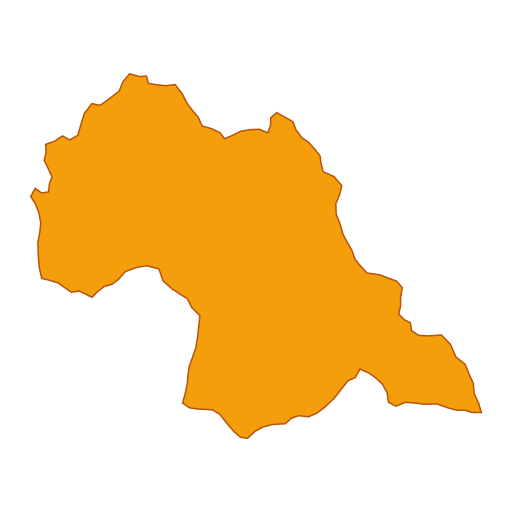 Caetanópolis, Minas Gerais, Brazil (Albers equal-area conic projection)
{"feature_id": "56859067B14008034033738", "entity_name": "Caetanópolis", "entity_type": "district", "adm_level": 2, "iso_a3": "BRA", "parent_name": "Brazil", "parent_adm1": "Minas Gerais", "projection": "albers", "projection_center": [-44.4, -19.341], "detail": "fine", "context": "isolated", "style": "filled", "palette": "amber", "viewbox_px": 512, "rotation_deg": 0, "n_neighbors": 0, "source": "geoboundaries", "source_scale": "gbopen_adm2", "svg_char_len": 2021}
<svg xmlns="http://www.w3.org/2000/svg" viewBox="0 0 512 512"><path d="M481.3,412.5L478.7,403.4L474.2,393.6L473.2,383.2L468.9,373.8L465.2,364.3L455.9,356.9L450.3,344.1L441.3,335.0L428.7,335.9L418.6,335.4L411.5,330.6L410.4,322.8L404.0,319.5L398.7,314.1L400.6,306.1L400.6,297.8L402.2,287.6L396.6,281.1L388.9,278.4L379.8,274.8L367.0,273.0L359.6,264.9L355.1,259.4L352.2,251.1L347.0,241.7L342.9,234.1L340.3,224.7L336.2,214.2L335.8,203.6L339.4,195.4L341.8,185.6L333.9,176.5L323.1,171.7L321.2,164.1L320.1,156.1L314.4,148.7L308.9,142.7L301.7,137.6L295.9,129.6L292.9,121.7L284.3,116.9L276.7,112.6L270.8,117.7L270.5,125.7L267.8,132.8L259.6,129.3L250.0,129.6L240.6,131.3L231.3,135.9L224.5,138.7L220.1,132.8L211.8,128.8L202.1,126.0L198.0,116.9L192.5,110.6L187.2,103.5L182.3,94.0L175.2,84.6L165.4,85.7L157.3,84.9L148.2,83.3L146.5,76.0L139.7,76.6L129.6,73.8L123.2,81.4L119.1,91.2L108.7,99.2L100.1,105.3L91.9,103.6L84.4,113.4L81.2,123.5L77.8,135.3L69.8,139.9L62.4,135.9L54.6,141.2L45.7,144.4L46.1,152.3L44.2,160.2L48.7,169.6L52.0,177.1L49.3,184.2L48.6,191.9L41.6,193.0L35.2,188.4L30.7,196.5L35.2,203.6L38.9,212.7L40.8,223.1L39.8,232.1L37.9,242.5L38.3,256.4L39.3,267.5L41.7,278.4L49.8,280.4L58.1,282.9L64.7,287.6L71.5,292.3L79.3,291.0L92.0,297.3L97.7,291.5L104.4,286.4L111.8,284.4L118.2,279.6L125.3,271.7L135.6,267.7L146.5,265.7L158.9,268.9L163.0,280.8L171.8,288.7L181.2,295.0L187.3,298.5L191.6,307.3L199.9,315.7L198.8,325.8L197.6,337.4L195.7,348.3L192.4,357.6L189.2,366.7L188.0,375.3L187.3,383.3L185.4,392.7L182.6,403.1L189.5,407.8L198.3,409.1L205.5,409.4L212.3,409.8L219.7,414.2L227.1,423.6L233.5,431.1L240.5,437.4L247.6,438.2L254.7,431.6L262.6,427.1L272.2,424.5L285.3,423.7L291.4,418.2L298.8,415.7L308.4,416.8L316.4,413.4L324.2,407.7L333.8,398.7L341.7,388.7L348.1,380.6L355.2,377.6L360.0,369.0L369.3,373.3L375.6,377.8L382.4,384.1L387.2,392.8L388.4,402.3L395.8,406.2L405.5,402.3L415.6,403.1L424.1,404.2L436.8,403.9L448.1,407.9L456.7,410.2L464.6,410.2L472.3,412.5L481.3,412.5Z" fill="#f59e0b" stroke="#b45309" stroke-width="1.5"/></svg>